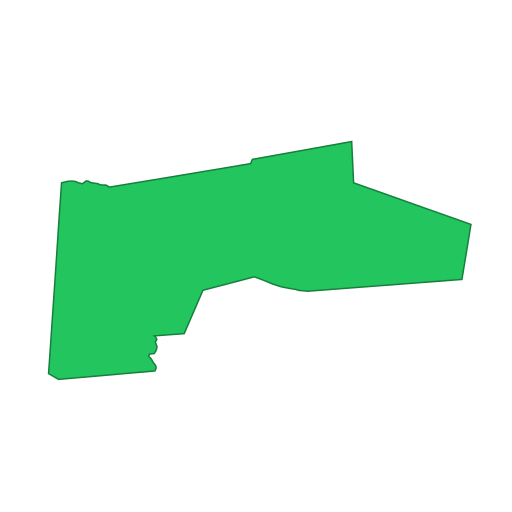 Alvorada do Gurguéia, Piauí, Brazil (orthographic projection), rotated 175°
{"feature_id": "56859067B91655037950210", "entity_name": "Alvorada do Gurguéia", "entity_type": "district", "adm_level": 2, "iso_a3": "BRA", "parent_name": "Brazil", "parent_adm1": "Piauí", "projection": "orthographic", "projection_center": [-43.876, -8.44], "detail": "fine", "context": "isolated", "style": "filled", "palette": "green", "viewbox_px": 512, "rotation_deg": 175, "n_neighbors": 0, "source": "geoboundaries", "source_scale": "gbopen_adm2", "svg_char_len": 981}
<svg xmlns="http://www.w3.org/2000/svg" viewBox="0 0 512 512"><g transform="rotate(175 256 256)"><path d="M472.9,156.9L463.5,150.3L366.7,150.3L365.3,152.9L365.3,154.9L366.2,156.9L367.5,158.5L368.6,161.0L369.7,163.2L371.7,165.3L370.5,167.6L368.6,167.6L365.9,167.7L364.4,169.6L363.4,171.3L362.5,174.0L363.2,177.0L363.8,179.1L362.0,181.6L363.0,183.8L364.2,185.3L334.3,184.9L311.8,226.5L259.4,235.4L250.4,231.1L241.9,226.6L233.5,223.1L225.6,220.8L219.5,219.3L216.4,218.0L207.3,216.4L52.9,214.7L43.5,251.4L40.0,265.3L39.1,268.7L43.9,270.9L85.4,289.8L152.4,320.4L150.7,361.7L251.2,352.6L253.3,348.5L355.3,340.5L390.8,337.8L396.0,337.4L397.8,338.8L399.5,339.8L401.7,340.0L404.8,340.4L407.4,341.9L409.2,342.3L411.1,342.7L414.1,343.5L416.9,345.4L419.0,345.5L420.9,344.1L422.9,343.1L424.6,343.8L426.6,344.4L429.1,345.9L432.7,346.7L434.9,346.8L437.1,346.8L439.1,346.5L443.3,345.9L446.5,325.7L448.0,316.4L456.3,262.7L472.9,156.9Z" fill="#22c55e" stroke="#15803d" stroke-width="1.5"/></g></svg>